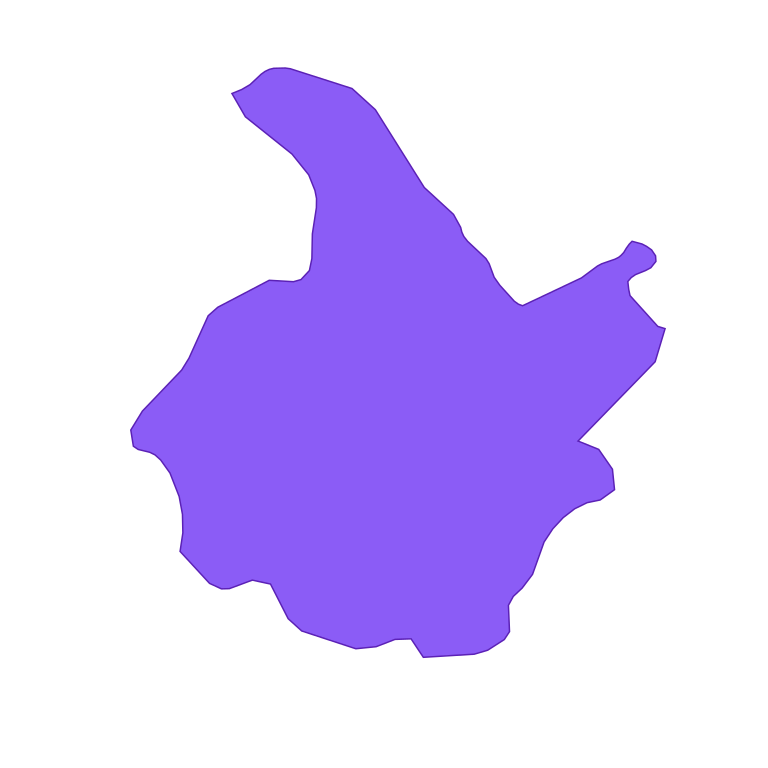 an SVG outline of Pistoia, rotated 23°
{"feature_id": "ITA-5384", "entity_name": "Pistoia", "entity_type": "Province", "adm_level": 1, "iso_a3": "ITA", "parent_name": "Italy", "parent_adm1": "", "projection": "natural_earth1", "projection_center": [10.855, 43.979], "detail": "fine", "context": "isolated", "style": "filled", "palette": "violet", "viewbox_px": 768, "rotation_deg": 23, "n_neighbors": 0, "source": "natural_earth", "source_scale": "10m", "svg_char_len": 1478}
<svg xmlns="http://www.w3.org/2000/svg" viewBox="0 0 768 768"><g transform="rotate(23 384 384)"><path d="M183.3,540.3L177.6,539.2L168.9,525.3L172.2,503.3L192.3,450.2L194.4,436.4L195.5,389.8L201.0,378.3L237.8,333.4L260.7,325.2L266.8,320.3L271.0,308.7L268.6,296.7L259.4,273.8L252.9,248.2L249.4,239.6L244.8,232.8L233.0,220.9L209.5,208.3L152.0,192.2L130.5,176.0L137.9,168.6L143.7,160.8L149.9,146.8L152.4,142.7L155.5,139.2L159.1,136.5L169.7,131.7L174.6,130.4L239.1,124.5L268.9,134.9L344.3,187.4L360.6,193.2L381.7,200.7L393.4,209.9L396.3,213.8L399.8,217.0L405.2,220.0L428.8,228.7L433.8,232.2L443.7,242.7L452.1,247.9L471.6,256.9L476.5,258.0L481.0,257.8L524.3,209.2L534.4,192.0L537.5,188.2L547.9,178.8L550.5,175.7L551.9,173.1L553.3,169.3L554.0,164.4L555.1,159.5L556.6,155.7L566.8,154.3L571.9,154.7L577.9,156.0L583.9,159.9L586.4,164.9L584.2,172.7L580.4,177.4L572.8,185.0L570.0,189.4L568.4,194.4L572.3,201.3L575.9,206.5L613.5,224.0L621.1,223.2L624.9,257.6L584.9,360.7L607.2,360.3L627.6,373.2L637.5,391.2L628.3,406.3L617.3,413.9L608.3,424.3L601.2,436.9L596.0,451.2L593.1,466.9L595.1,501.2L590.9,517.9L586.0,529.0L585.0,539.1L596.3,562.9L594.6,572.2L583.5,588.5L572.7,597.4L527.0,620.2L508.5,608.0L493.9,614.8L479.4,628.9L461.5,638.7L404.8,643.5L387.5,637.5L357.7,612.5L339.4,616.0L321.6,632.8L314.4,636.1L301.3,635.7L261.7,617.8L257.0,599.6L249.4,582.7L239.4,567.6L221.8,549.6L208.1,541.2L200.8,538.7L194.9,538.4L183.3,540.3Z" fill="#8b5cf6" stroke="#5b21b6" stroke-width="1.5"/></g></svg>